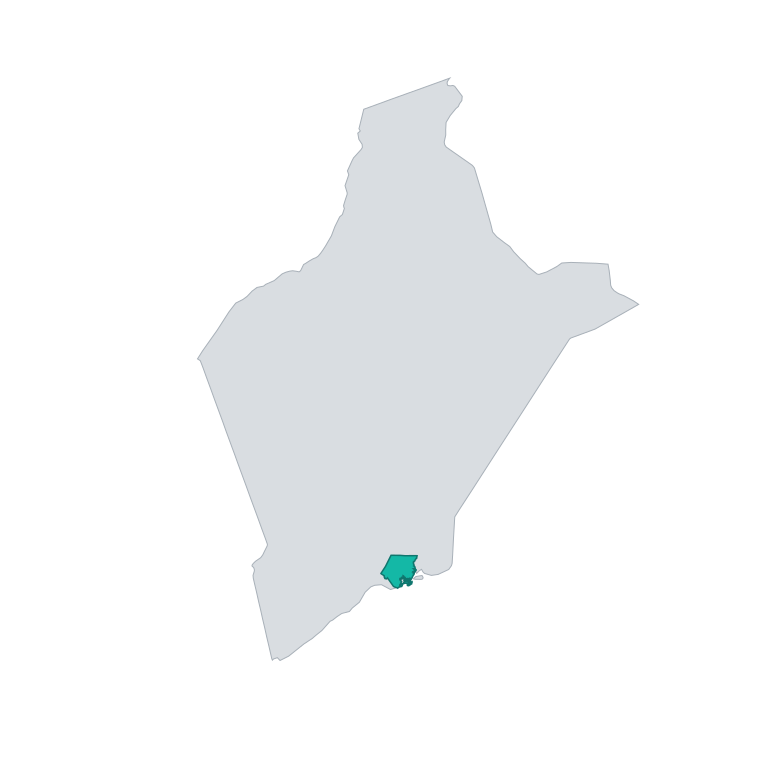 Lamu West, Coast, Kenya shown in context, rotated 33°
{"feature_id": "3690345B28138832354018", "entity_name": "Lamu West", "entity_type": "district", "adm_level": 2, "iso_a3": "KEN", "parent_name": "Kenya", "parent_adm1": "Coast", "projection": "equal_earth", "projection_center": [40.664, -2.131], "detail": "fine", "context": "in_parent", "style": "filled", "palette": "teal", "viewbox_px": 768, "rotation_deg": 33, "n_neighbors": 0, "source": "geoboundaries", "source_scale": "gbopen_adm2", "svg_char_len": 8116}
<svg xmlns="http://www.w3.org/2000/svg" viewBox="0 0 768 768"><g transform="rotate(33 384 384)"><path d="M213.9,464.5L213.8,454.7L214.8,429.8L214.7,407.9L215.6,396.9L219.6,390.0L221.5,385.0L222.8,377.9L224.9,372.2L229.7,367.5L230.5,364.9L235.6,357.1L238.6,347.1L240.9,343.6L243.7,340.5L245.7,338.8L249.1,337.2L251.7,336.2L252.1,335.4L252.3,333.8L251.5,327.6L252.6,325.5L254.4,321.4L256.4,317.5L258.2,315.0L259.2,312.5L259.7,308.1L259.8,305.0L259.8,300.0L259.2,288.4L257.1,278.8L255.8,268.0L256.8,264.5L255.1,258.2L254.3,257.8L252.9,256.4L251.2,250.5L249.8,245.0L249.0,243.7L243.3,238.9L240.5,227.7L237.3,225.2L235.6,214.1L235.3,210.9L237.1,199.8L237.0,197.3L235.1,194.9L229.7,192.5L225.4,187.9L225.9,186.3L226.3,184.7L224.0,183.6L217.4,164.6L226.0,153.2L234.7,141.6L245.8,127.0L256.0,113.6L264.8,102.0L272.6,91.6L272.4,93.6L272.5,96.2L273.4,97.8L275.0,98.9L277.3,97.8L279.2,96.1L281.1,95.8L292.9,100.1L294.9,103.9L294.7,107.9L295.2,110.8L294.3,113.8L293.3,122.7L293.6,130.8L297.1,136.9L300.2,141.6L302.7,148.3L304.6,150.3L307.1,151.4L315.2,151.7L327.2,152.1L338.7,152.5L339.7,152.7L342.2,153.6L352.8,162.6L362.5,170.8L370.7,178.0L378.7,185.0L386.4,191.7L392.4,197.4L398.3,199.1L408.0,199.9L414.6,200.2L420.8,202.5L430.0,204.7L436.8,205.8L440.9,207.1L452.4,208.4L454.3,207.7L459.4,201.4L465.0,191.3L467.2,185.7L474.6,180.2L487.4,172.5L496.5,167.0L506.6,161.5L511.1,166.3L517.4,173.9L520.3,177.7L522.5,179.3L526.0,180.4L530.1,180.5L532.4,180.3L537.1,179.3L548.0,178.4L554.2,178.5L549.0,188.6L542.7,200.7L531.1,223.0L522.3,234.8L515.7,243.6L515.1,245.2L515.1,255.1L515.1,279.3L515.3,327.8L515.4,376.2L515.6,424.6L515.6,448.8L515.7,456.9L521.5,467.1L527.2,477.1L534.8,490.2L538.8,497.3L539.5,499.6L539.3,504.3L533.1,514.2L528.0,518.7L521.1,520.8L519.1,520.4L516.4,519.0L515.3,521.4L514.5,525.0L513.0,524.3L511.9,523.2L512.6,529.7L513.3,533.0L512.2,537.3L508.9,541.2L508.6,544.4L501.4,552.8L491.2,553.7L485.8,557.9L483.4,561.4L481.6,568.9L482.2,580.4L479.4,589.2L478.9,593.6L473.6,599.4L471.3,604.7L469.5,610.0L468.0,612.4L466.2,624.4L463.8,631.7L463.1,634.1L462.5,636.3L460.6,640.6L459.4,643.5L458.5,645.4L452.3,664.1L447.4,672.5L443.6,671.6L441.1,674.8L440.8,676.4L439.5,675.5L436.3,672.4L429.8,666.1L423.2,659.8L416.7,653.4L410.1,647.1L403.6,640.7L397.0,634.4L390.5,628.0L383.9,621.7L380.1,618.0L378.4,615.8L377.1,611.4L376.4,610.3L374.7,608.9L372.6,608.6L372.0,607.8L372.1,605.7L372.8,602.6L375.2,596.8L375.4,593.4L374.9,589.5L374.2,583.3L373.5,581.9L369.2,578.6L360.1,571.8L351.0,564.9L341.9,558.1L332.8,551.3L323.7,544.4L314.6,537.6L305.5,530.8L296.4,523.9L287.3,517.1L278.2,510.3L269.2,503.4L260.1,496.6L251.0,489.8L241.9,482.9L232.8,476.1L223.7,469.2L220.3,466.7L217.2,464.5L213.9,464.5ZM516.3,530.9L514.7,531.4L515.6,528.1L520.2,523.9L522.1,524.9L522.5,525.8L522.4,526.7L521.6,527.6L516.3,530.9Z" fill="#d9dde1" stroke="#a8b0b8" stroke-width="1"/><path d="M505.3,548.0L505.5,547.9L505.8,547.8L505.9,547.7L506.3,547.7L506.7,547.8L506.8,547.6L506.8,547.0L507.2,546.2L508.5,544.7L508.9,544.4L509.1,544.2L509.1,543.3L509.0,542.8L508.9,542.5L508.8,542.4L508.3,542.2L508.0,541.9L507.9,541.7L507.7,541.6L507.6,541.8L507.6,542.4L507.7,542.6L507.6,543.2L507.2,543.9L506.9,543.8L506.8,544.0L506.7,543.8L506.8,543.7L507.1,543.4L506.8,543.4L506.7,543.2L506.8,543.1L507.0,543.1L507.1,542.9L507.1,542.6L506.9,542.4L506.9,542.2L506.6,542.0L506.5,541.8L506.6,541.6L506.3,540.8L506.3,540.2L505.4,539.8L505.0,539.4L504.9,539.6L505.0,539.7L504.8,539.8L504.5,539.7L504.3,539.6L504.1,539.6L503.9,539.5L504.0,539.0L504.0,538.8L503.6,538.7L503.4,538.5L503.6,538.4L503.9,538.1L504.0,538.0L504.3,538.2L504.1,537.6L504.3,537.5L504.5,537.8L504.9,537.6L505.1,537.8L505.3,537.5L505.5,537.2L505.3,536.7L505.0,537.2L504.8,537.2L504.7,537.0L504.4,536.9L504.1,537.0L504.0,536.9L504.0,536.7L504.5,536.7L504.8,536.3L505.0,535.8L504.9,535.5L504.8,535.3L504.5,534.6L504.4,534.4L504.6,534.4L504.8,534.9L504.9,535.0L505.0,534.8L505.1,535.0L505.1,535.6L505.3,535.6L505.6,535.9L505.8,535.9L505.7,535.3L505.8,535.2L505.9,535.7L505.9,536.1L506.0,536.1L506.1,536.3L506.4,536.5L506.6,536.3L506.5,536.1L506.8,535.7L506.8,536.0L507.0,536.3L507.0,536.0L507.2,536.3L507.2,536.8L507.4,536.8L508.0,536.0L507.9,535.6L507.7,535.6L507.7,535.4L507.9,535.2L508.0,535.2L508.1,535.5L508.8,535.1L509.1,535.0L509.3,534.9L509.8,535.2L509.7,535.3L509.5,535.6L509.4,535.8L509.5,535.8L509.8,535.5L510.3,535.3L510.5,535.5L510.9,535.3L510.6,535.2L510.9,534.9L511.1,534.8L511.4,534.6L511.1,534.4L510.6,534.1L511.0,534.0L511.4,534.1L511.4,533.5L511.2,533.6L511.1,533.3L511.4,533.2L511.6,533.0L511.6,532.8L511.6,532.7L511.8,532.7L511.8,533.2L511.7,533.3L511.8,533.5L511.9,533.4L512.1,533.5L512.3,533.4L512.4,533.5L512.4,533.9L512.5,534.1L513.1,534.5L513.3,534.6L513.2,534.1L513.1,532.8L513.0,532.4L513.0,532.0L513.1,531.6L513.1,531.0L513.0,530.9L513.0,530.4L512.8,530.1L512.8,529.7L512.8,529.3L512.8,528.1L512.8,527.1L512.5,526.4L512.2,526.6L512.3,526.1L512.2,526.0L511.8,526.0L511.6,526.3L511.4,526.3L511.3,526.1L511.5,526.0L511.6,525.9L511.7,525.6L511.1,526.0L510.9,526.0L510.4,526.1L510.4,525.9L510.8,525.8L511.2,525.6L511.5,525.1L512.0,525.4L512.0,525.2L511.9,525.0L511.8,524.8L511.6,524.7L511.2,524.5L511.3,524.4L511.4,524.2L511.6,524.2L511.5,523.9L512.0,524.3L512.3,524.5L512.3,524.4L512.3,524.1L512.3,523.5L512.4,522.8L512.2,522.4L512.0,522.5L511.9,522.7L511.7,522.7L511.6,522.9L511.4,522.9L511.2,522.7L510.8,522.7L510.7,523.0L510.1,522.8L509.8,523.0L509.7,522.9L509.3,522.9L509.5,522.7L509.9,522.6L510.0,522.5L510.6,522.5L510.9,522.2L511.0,522.3L511.2,522.2L511.0,521.9L510.7,521.8L510.4,521.4L510.2,521.3L510.1,521.2L509.6,520.6L509.3,520.6L509.2,520.7L508.6,520.4L508.3,520.4L508.5,520.1L508.1,519.9L507.8,519.8L507.6,519.5L507.5,519.3L507.4,519.3L507.4,519.1L507.2,519.0L507.1,518.9L506.4,518.5L506.3,518.1L506.1,518.1L505.8,517.7L505.7,517.6L505.6,517.3L505.8,517.0L505.6,516.7L506.0,516.1L506.2,515.7L506.0,515.2L505.9,514.7L506.1,514.2L506.0,513.7L506.0,513.1L506.0,512.9L505.9,512.7L506.1,512.4L506.2,512.5L506.3,512.3L506.3,512.2L506.2,512.0L506.0,511.8L505.8,511.3L505.6,511.1L505.5,510.4L505.3,510.0L504.4,510.5L495.3,516.5L491.1,518.8L483.2,523.8L484.6,536.1L484.6,544.6L484.8,544.7L488.7,544.7L488.8,544.9L488.8,545.1L489.2,545.6L489.6,545.8L489.8,546.1L490.2,546.1L490.4,546.4L490.6,546.3L490.9,546.6L491.1,546.5L491.3,546.5L491.4,546.3L491.5,546.2L492.1,546.1L492.1,545.8L492.4,545.8L492.5,545.6L492.8,545.3L492.9,545.2L492.8,544.8L502.2,548.6L503.8,548.4L505.3,548.0ZM512.1,536.5L511.9,536.1L511.7,536.1L511.4,536.6L511.2,536.4L511.2,536.6L510.8,536.7L510.6,536.7L510.5,536.8L510.2,536.6L509.9,536.8L509.8,537.0L509.6,537.1L509.6,537.3L509.7,537.5L509.8,537.6L509.9,537.8L509.4,537.9L509.2,537.7L508.9,538.1L508.8,538.6L508.7,538.7L508.7,539.3L508.7,539.8L508.7,540.5L508.7,540.9L508.8,541.0L509.0,541.0L509.1,540.9L510.0,539.7L510.4,539.4L510.9,539.1L511.7,538.8L512.2,538.8L512.7,538.9L512.9,538.9L513.0,538.7L512.8,538.2L512.5,537.4L512.3,536.9L512.1,536.5ZM515.9,536.6L515.9,536.1L515.5,535.3L515.5,534.7L515.2,534.5L515.1,534.8L515.3,535.0L515.4,535.3L515.3,535.6L515.4,536.2L515.2,536.3L515.1,536.6L514.9,536.7L514.7,536.4L514.9,535.9L515.0,535.7L514.8,535.5L514.7,535.2L514.3,535.2L514.4,535.4L514.4,535.5L514.2,535.6L514.1,536.0L513.8,536.5L514.0,536.6L514.0,536.8L513.7,536.6L513.8,535.8L513.9,535.6L513.5,535.4L513.4,535.2L512.8,534.7L512.4,534.6L512.4,534.9L512.5,535.5L512.7,536.4L512.9,536.8L513.5,538.0L513.8,538.1L514.2,538.0L514.6,538.3L514.7,538.2L514.9,538.0L515.0,538.0L514.9,538.4L514.7,538.8L514.1,538.7L513.8,538.5L513.5,538.7L513.4,538.5L513.3,538.8L513.4,539.1L513.2,539.0L512.9,539.3L512.8,539.5L513.0,539.9L513.4,540.2L513.5,540.2L514.2,540.0L514.7,539.5L514.8,539.4L514.9,538.9L515.3,538.4L515.3,538.0L515.4,537.8L515.6,537.3L516.0,536.7L515.9,536.6ZM504.6,539.4L504.6,539.0L504.5,538.9L504.4,538.9L504.3,539.0L504.4,539.3L504.6,539.4ZM507.8,537.2L508.0,536.9L508.1,536.7L507.8,536.9L507.8,537.2ZM505.9,536.7L505.7,536.6L505.7,536.8L505.8,536.9L505.9,536.7ZM508.7,535.5L508.8,535.4L508.7,535.3L508.5,535.5L508.7,535.5ZM507.8,537.2L507.7,537.3L507.8,537.4L507.8,537.2Z" fill="#14b8a6" stroke="#0f766e" stroke-width="1.5"/></g></svg>